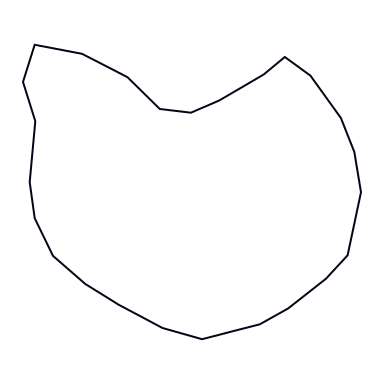 Mingachevir City, Mingəçevir, Azerbaijan (Natural Earth projection)
{"feature_id": "54616110B16521863868797", "entity_name": "Mingachevir City", "entity_type": "district", "adm_level": 2, "iso_a3": "AZE", "parent_name": "Azerbaijan", "parent_adm1": "Mingəçevir", "projection": "natural_earth1", "projection_center": [47.024, 40.77], "detail": "fine", "context": "isolated", "style": "outline", "palette": "ink", "viewbox_px": 384, "rotation_deg": 0, "n_neighbors": 0, "source": "geoboundaries", "source_scale": "gbopen_adm2", "svg_char_len": 467}
<svg xmlns="http://www.w3.org/2000/svg" viewBox="0 0 384 384"><path d="M304.3,71.2L284.8,57.0L263.7,74.5L219.2,100.5L190.9,112.7L159.8,109.0L127.5,77.2L82.0,53.8L34.7,44.8L32.6,51.4L23.0,81.9L35.3,121.2L29.7,182.1L34.7,218.2L53.0,255.9L85.3,284.0L118.6,304.7L162.5,328.0L202.0,339.2L230.2,331.9L259.8,324.3L288.2,308.4L326.0,278.7L347.6,255.3L361.0,192.2L354.3,151.9L340.9,118.0L315.2,82.3L310.4,75.6L304.3,71.2Z" fill="none" stroke="#020617" stroke-width="2"/></svg>